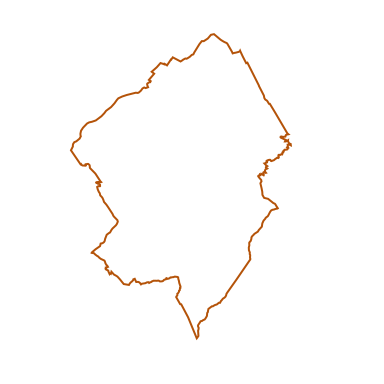 the district of Micesti, Arges, Romania, rotated 237°
{"feature_id": "2599482B37753295637725", "entity_name": "Micesti", "entity_type": "district", "adm_level": 2, "iso_a3": "ROU", "parent_name": "Romania", "parent_adm1": "Arges", "projection": "equal_earth", "projection_center": [24.848, 44.975], "detail": "fine", "context": "isolated", "style": "outline", "palette": "amber", "viewbox_px": 384, "rotation_deg": 237, "n_neighbors": 0, "source": "geoboundaries", "source_scale": "gbopen_adm2", "svg_char_len": 6022}
<svg xmlns="http://www.w3.org/2000/svg" viewBox="0 0 384 384"><g transform="rotate(237 192 192)"><path d="M307.1,266.5L306.8,264.8L306.6,263.9L306.6,261.5L306.7,260.1L307.6,259.1L307.8,256.8L307.7,255.7L307.7,253.5L315.4,249.2L314.3,246.6L314.6,246.5L311.8,240.0L313.3,239.4L314.4,238.8L314.0,238.4L315.4,237.4L317.3,235.8L315.8,230.4L314.8,223.7L311.8,224.7L309.5,216.9L307.5,217.7L307.4,217.4L306.9,216.8L307.2,216.4L307.3,215.6L307.3,213.7L307.2,213.4L306.7,213.0L304.9,212.4L303.8,212.2L304.4,209.7L305.7,208.8L305.8,206.9L304.8,204.3L304.4,201.6L304.6,200.5L305.9,198.9L308.9,190.1L310.1,185.5L310.7,181.2L310.1,179.1L308.6,175.3L307.3,170.4L306.9,164.2L305.9,161.5L304.9,157.4L304.4,150.3L305.4,146.3L306.4,143.7L306.6,141.3L305.3,135.7L303.8,132.3L301.7,130.2L300.4,129.4L299.3,129.1L298.0,126.8L297.5,122.5L297.9,120.5L297.1,118.6L296.3,117.7L295.0,116.8L292.9,113.2L275.9,113.6L275.9,114.2L274.7,114.2L273.9,114.6L272.0,117.1L272.0,117.4L272.1,117.6L272.5,117.8L273.2,117.8L273.2,118.0L272.7,118.9L272.5,119.6L272.1,120.2L271.0,120.6L270.3,120.7L269.2,120.3L268.6,119.8L267.5,119.5L261.1,120.8L259.8,121.0L250.7,121.0L249.8,121.2L249.9,120.7L251.2,119.2L252.1,117.7L252.2,116.8L252.1,116.7L251.6,117.0L251.3,117.0L250.9,117.4L250.3,117.5L249.6,118.3L249.1,118.5L248.2,118.8L248.0,118.7L247.0,118.1L247.0,117.9L247.5,117.6L247.6,117.1L247.9,116.6L247.9,115.2L245.6,114.4L242.8,113.9L241.6,114.0L240.7,113.8L239.1,113.2L237.2,113.6L235.8,113.7L233.8,113.4L231.6,112.8L228.1,113.3L224.9,113.4L216.8,113.4L215.1,113.1L214.1,113.1L209.0,114.1L207.5,113.6L206.2,111.7L205.5,110.1L204.7,105.6L204.2,104.1L202.7,101.2L202.8,99.9L202.6,97.2L200.0,93.6L198.5,92.1L197.9,90.9L197.8,89.1L198.5,87.3L196.7,85.4L196.5,79.9L196.0,76.0L195.8,74.9L195.6,74.7L194.1,76.4L193.4,76.6L192.6,76.7L190.3,77.5L189.0,78.2L187.6,78.4L186.1,78.9L185.4,79.2L182.7,80.9L182.1,81.2L181.1,81.1L179.4,80.6L178.5,80.5L177.2,80.5L176.5,80.8L175.0,80.7L175.6,78.6L174.4,78.3L174.5,78.1L174.6,77.7L174.3,77.6L174.1,77.6L172.1,78.7L171.8,79.0L171.3,79.1L171.6,78.9L170.8,78.6L168.2,78.2L168.5,78.8L167.5,79.3L168.1,80.1L169.0,81.0L165.2,81.6L163.6,82.5L162.1,83.2L161.6,83.4L157.9,84.0L152.0,84.6L148.4,88.5L149.1,89.9L149.5,91.2L149.7,93.1L150.1,94.7L150.7,95.2L150.4,96.7L146.9,96.2L146.0,97.8L145.1,98.5L144.0,98.8L142.3,98.9L142.4,99.9L140.9,103.3L140.8,104.8L140.2,106.2L139.9,106.5L139.1,106.5L139.0,107.7L138.7,109.0L138.9,109.5L138.7,110.3L138.6,111.3L138.1,112.1L136.6,114.3L136.2,115.2L135.8,115.8L134.6,116.3L134.0,117.1L133.3,118.5L133.2,119.6L133.5,120.3L133.5,121.1L133.0,122.6L133.2,123.0L133.5,123.2L133.7,123.6L133.3,123.9L132.7,123.8L132.4,124.3L131.9,126.1L132.1,127.4L131.5,128.2L131.4,128.9L130.8,129.8L130.4,131.5L128.7,133.5L128.0,133.9L126.6,133.2L124.5,132.6L122.7,131.8L120.0,131.1L119.2,131.0L118.0,130.1L118.2,129.8L116.3,128.2L116.3,127.4L115.7,127.0L115.1,126.1L114.7,125.0L114.7,124.3L113.4,123.5L113.1,122.9L112.9,122.1L112.5,121.5L104.4,121.0L103.7,121.8L89.1,120.5L66.7,116.3L66.9,116.9L67.8,119.0L72.4,121.6L73.0,122.4L74.4,123.6L75.7,123.8L76.5,124.1L77.1,124.8L78.4,127.8L78.9,128.8L78.7,129.5L78.4,130.2L78.5,131.5L78.2,133.2L78.6,134.4L79.8,136.8L80.5,137.5L82.2,138.8L82.8,140.1L83.3,140.4L84.6,141.7L85.0,142.1L85.3,146.4L84.8,147.2L84.8,148.5L84.7,149.7L84.5,150.5L84.2,151.3L84.2,152.3L84.4,153.3L84.4,154.5L83.8,155.1L83.9,155.4L84.4,156.2L84.9,157.1L84.9,157.5L85.7,159.8L85.7,161.7L86.0,163.1L86.8,164.4L87.8,165.4L88.4,166.7L94.3,181.5L103.4,203.4L103.6,204.0L104.1,204.5L104.9,204.7L105.9,205.3L106.9,206.1L107.6,206.5L108.5,206.6L109.9,207.6L112.1,208.0L114.5,209.4L116.0,211.0L118.2,212.3L118.5,212.8L119.0,214.6L120.3,216.2L121.6,217.2L122.2,218.6L122.5,220.2L122.9,221.5L122.9,225.7L123.7,227.2L124.9,231.7L127.4,233.9L129.0,236.4L129.7,238.9L130.1,239.5L130.3,240.4L130.4,242.3L130.8,243.2L132.7,246.5L133.4,248.2L133.3,249.7L132.7,251.1L132.3,252.9L131.6,254.6L131.6,255.1L133.9,255.1L136.5,255.2L137.2,255.0L138.4,254.2L144.8,252.1L147.8,249.3L151.2,249.5L153.8,251.0L157.0,252.3L162.0,254.1L162.5,254.8L163.0,256.0L164.4,256.6L167.0,256.2L168.4,256.1L168.4,256.4L168.7,256.6L169.0,256.7L169.4,256.5L169.5,256.8L169.3,257.2L169.5,258.2L169.7,258.4L168.9,258.7L169.6,259.9L167.0,261.2L167.2,261.5L168.9,262.0L169.5,262.4L169.6,262.9L169.4,263.3L167.9,264.2L167.8,264.5L168.6,264.4L169.1,264.4L170.2,264.8L170.5,265.2L170.9,265.9L170.9,266.6L170.8,267.3L170.7,267.7L170.7,267.9L172.3,267.3L172.6,267.5L172.9,268.1L172.8,269.2L174.1,268.7L176.5,268.3L176.2,269.2L176.1,269.7L176.4,270.0L176.0,271.1L176.5,271.6L177.4,271.5L177.5,272.1L177.2,273.6L176.6,274.9L176.2,275.2L175.2,275.1L174.7,275.4L174.5,276.2L174.3,277.2L174.1,277.8L174.1,278.7L174.3,279.3L174.3,280.7L174.4,281.8L174.3,282.2L173.5,282.8L173.5,283.2L173.8,283.7L174.5,284.0L174.9,284.0L175.4,284.2L175.9,284.7L175.9,285.1L175.0,286.3L175.1,287.2L175.0,287.5L174.4,288.0L174.6,288.4L175.6,289.0L175.9,289.4L175.8,289.7L175.5,290.1L176.3,291.3L176.5,291.2L176.5,291.4L176.8,291.8L177.0,292.7L176.8,293.1L176.5,293.4L176.3,293.8L176.1,294.5L175.8,295.1L175.8,295.3L176.6,295.9L176.5,296.8L176.8,296.9L177.5,296.8L177.8,296.4L178.2,297.3L178.7,297.6L179.6,298.0L179.0,299.3L177.9,299.9L177.3,300.3L178.6,300.9L179.5,300.1L180.9,300.0L182.5,300.2L183.1,300.7L183.1,298.9L183.5,297.8L183.7,297.5L184.6,299.0L189.2,296.1L189.8,296.1L190.1,296.5L189.8,297.2L189.1,297.1L189.0,297.5L189.0,298.0L188.4,298.4L188.3,299.1L187.6,300.5L188.6,301.7L188.6,302.5L187.9,304.3L189.3,303.9L213.6,305.0L223.5,305.3L223.8,304.7L224.4,304.6L227.0,304.7L227.7,304.6L228.2,304.5L229.1,304.0L229.8,303.8L230.6,303.8L231.6,303.9L233.7,304.8L244.5,305.9L244.9,306.1L254.0,307.1L270.3,308.9L270.5,307.6L278.2,308.4L283.2,309.1L284.3,309.3L284.0,308.8L284.0,308.2L284.2,307.1L285.1,304.4L285.6,303.3L286.1,301.6L287.9,301.9L297.1,302.4L298.1,302.2L299.1,301.5L300.6,300.6L302.4,299.7L304.2,298.9L312.4,296.4L313.5,293.5L312.1,288.8L312.1,284.0L313.2,282.4L312.0,278.8L307.8,269.9L306.7,268.1L307.1,266.5Z" fill="none" stroke="#b45309" stroke-width="2"/></g></svg>